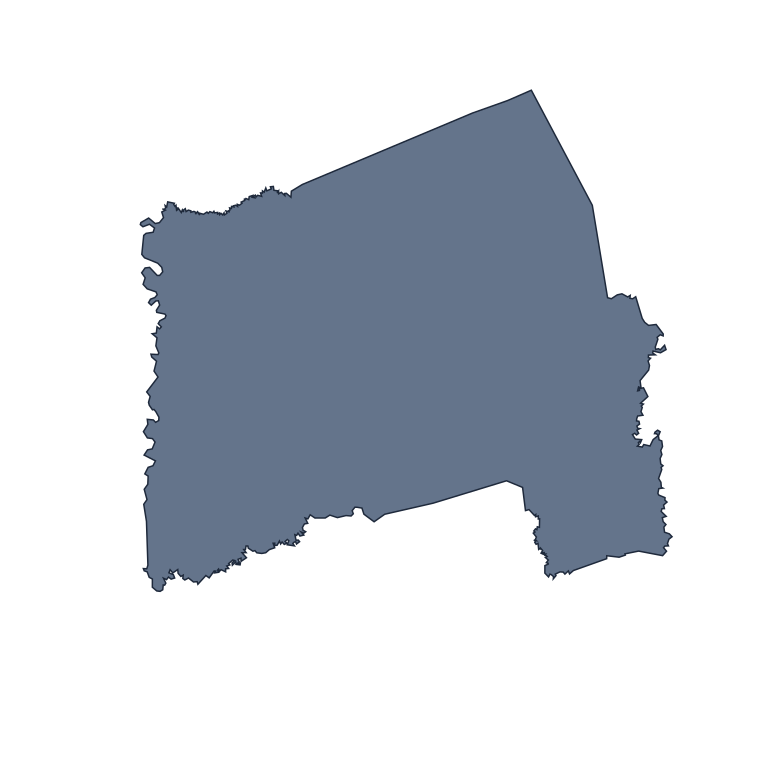 Jayapura, Papua, Indonesia (Mercator projection), rotated 74°
{"feature_id": "22746128B71103770185906", "entity_name": "Jayapura", "entity_type": "district", "adm_level": 2, "iso_a3": "IDN", "parent_name": "Indonesia", "parent_adm1": "Papua", "projection": "mercator", "projection_center": [140.203, -3.036], "detail": "fine", "context": "isolated", "style": "filled", "palette": "slate", "viewbox_px": 768, "rotation_deg": 74, "n_neighbors": 0, "source": "geoboundaries", "source_scale": "gbopen_adm2", "svg_char_len": 6158}
<svg xmlns="http://www.w3.org/2000/svg" viewBox="0 0 768 768"><g transform="rotate(74 384 384)"><path d="M625.8,163.5L622.6,158.5L618.4,160.4L617.2,158.7L618.0,155.2L615.5,155.5L611.7,152.9L610.2,149.2L606.7,151.0L603.8,155.2L598.7,154.4L596.8,151.7L593.3,153.6L589.2,153.3L589.0,149.2L582.9,152.7L580.5,151.2L581.1,148.8L577.4,148.6L575.5,144.5L573.1,146.0L570.7,145.2L566.6,150.4L564.7,150.9L560.3,148.7L560.9,144.7L559.8,145.9L554.8,144.9L550.5,146.1L542.8,140.6L540.5,140.6L539.5,138.3L537.1,140.0L531.7,139.1L528.4,136.3L524.2,136.3L520.9,133.5L515.3,132.7L513.5,135.0L509.5,134.5L506.0,131.7L503.8,133.7L505.0,136.8L506.3,137.7L506.9,135.7L509.2,134.7L511.6,140.6L516.9,145.4L513.8,151.0L515.8,153.1L513.6,157.6L512.3,155.3L510.5,155.7L509.7,154.1L511.1,153.7L508.5,151.6L506.2,157.6L501.1,159.1L500.5,156.6L502.6,155.3L501.6,152.8L498.0,153.6L497.4,150.4L496.4,152.4L494.1,152.5L493.0,149.4L490.1,149.2L489.1,151.4L487.1,150.7L484.7,149.0L485.4,143.7L481.4,144.6L477.7,142.2L476.1,142.8L474.8,140.2L473.2,142.7L468.8,133.8L459.2,135.6L458.7,139.6L460.6,140.2L460.5,142.1L457.0,140.1L458.7,138.0L451.3,136.9L443.6,125.8L439.4,123.7L434.6,123.8L432.7,120.7L431.5,122.6L429.1,121.8L430.7,115.2L428.3,117.2L426.5,116.3L430.2,109.6L428.7,103.4L424.1,103.6L427.3,109.0L425.7,110.5L425.7,113.2L423.3,113.1L416.5,108.4L414.4,108.6L412.8,104.9L414.7,102.4L412.9,101.8L401.8,106.0L400.6,113.5L396.6,116.4L392.1,117.7L369.5,118.0L370.6,121.5L369.4,124.0L366.7,122.9L367.5,125.7L362.9,130.4L362.6,135.2L364.7,141.9L362.7,145.3L269.6,134.5L142.2,161.4L145.6,187.1L147.9,224.1L169.7,407.5L173.1,419.9L178.8,422.0L173.8,425.3L173.5,427.0L175.5,427.4L171.4,429.9L172.1,432.8L169.5,432.1L171.1,433.9L168.9,433.1L167.5,436.4L163.6,435.9L163.1,438.8L165.4,438.6L166.0,443.4L163.0,443.6L166.5,446.3L164.9,447.6L166.9,448.2L166.3,450.0L169.9,449.9L167.8,453.4L168.9,455.4L167.0,455.6L167.6,457.9L169.2,457.2L168.1,459.4L166.6,458.2L166.7,461.9L169.5,463.2L167.6,465.6L168.6,466.9L167.2,467.2L169.2,467.4L169.8,471.2L171.1,470.7L172.3,473.8L170.9,475.4L172.9,475.8L171.3,477.0L171.2,479.6L172.4,479.5L171.3,481.6L173.2,482.3L172.2,483.9L174.2,484.0L174.9,486.4L176.2,484.8L174.1,488.2L176.6,488.0L177.5,490.9L175.4,490.6L176.9,492.6L174.9,493.7L175.9,495.3L174.3,495.2L174.7,497.1L173.2,496.7L172.8,499.7L171.1,499.9L172.2,501.4L170.3,503.9L171.5,505.9L169.9,506.8L171.1,510.7L168.9,514.3L170.8,514.7L167.0,515.7L168.8,518.4L167.2,517.5L165.7,519.1L165.7,522.3L164.3,521.9L162.9,524.2L163.7,526.7L160.7,526.7L161.6,529.0L163.5,529.3L161.0,529.8L163.3,531.6L158.0,533.4L157.7,534.9L159.4,534.1L159.9,535.5L154.8,534.7L155.5,536.0L153.4,536.6L152.5,535.7L149.3,541.7L153.9,544.1L152.2,545.2L154.6,545.4L155.6,547.1L154.5,548.8L156.6,546.3L157.4,550.2L163.3,550.1L167.0,555.4L166.7,559.7L159.6,564.5L161.8,573.2L163.6,574.3L166.4,572.4L165.8,565.4L170.8,561.6L174.5,564.1L173.6,571.2L174.9,574.0L192.7,581.1L196.7,579.4L205.5,568.2L210.6,565.5L215.2,565.8L217.8,569.8L217.1,572.1L207.3,577.2L206.6,581.7L210.3,586.3L216.1,584.3L221.8,588.1L227.3,585.4L232.6,577.8L235.7,577.4L237.7,580.4L238.1,585.1L240.9,587.9L244.1,586.0L241.3,580.4L241.8,578.0L246.3,577.9L250.4,582.5L252.5,582.7L256.4,575.3L258.2,574.7L260.3,576.4L261.4,582.0L263.7,584.4L267.7,582.3L269.1,584.5L266.5,586.4L272.3,588.8L271.8,593.0L277.0,589.5L284.5,592.8L292.1,591.9L293.4,593.1L291.1,599.8L294.1,599.8L299.4,596.4L308.2,601.5L315.0,599.3L326.2,614.3L331.5,612.2L336.7,615.4L339.7,615.5L345.0,613.7L345.1,612.1L347.6,611.0L353.9,609.5L357.0,610.6L357.9,614.1L355.0,615.6L352.7,621.3L357.7,622.1L363.5,628.4L370.6,626.3L372.7,621.6L376.7,620.1L382.5,624.7L382.1,629.4L386.2,634.2L394.9,624.9L398.9,628.6L399.1,633.7L404.5,638.7L407.5,636.1L415.3,638.7L419.1,643.5L429.8,643.7L433.4,648.1L450.6,650.2L493.1,660.9L496.2,663.0L495.1,666.2L497.5,666.0L499.3,663.4L505.1,663.0L507.6,660.4L515.5,662.7L520.3,659.5L521.6,656.4L520.8,653.4L516.3,651.6L516.9,650.3L515.3,648.6L509.9,649.5L512.1,646.9L510.2,644.4L512.9,642.4L512.8,638.7L509.2,639.0L506.2,642.8L503.6,640.8L507.4,639.1L505.5,633.4L509.2,634.1L513.0,632.3L512.4,629.7L515.5,631.0L517.5,629.5L516.6,625.4L521.8,621.7L522.5,618.1L525.2,618.1L519.0,608.0L522.2,605.5L516.9,598.8L517.4,597.4L518.9,598.8L519.4,594.9L517.0,595.2L516.2,594.0L518.6,593.5L517.6,591.8L520.9,588.0L518.0,587.2L518.5,584.2L515.6,585.3L515.4,582.1L513.8,582.8L511.5,577.9L512.5,576.2L514.2,579.4L516.4,579.7L514.1,575.6L516.7,575.8L518.2,572.2L516.5,571.4L516.3,574.9L515.0,572.2L512.3,572.6L512.0,569.5L515.1,570.3L513.1,564.1L507.0,567.0L508.1,563.0L504.5,564.4L504.9,562.8L501.7,561.3L502.2,559.5L504.4,559.7L508.6,556.1L508.6,554.0L511.2,552.8L513.2,548.2L513.6,544.2L511.6,539.9L511.3,534.2L506.5,534.5L506.9,532.9L509.2,533.6L509.5,531.1L506.1,527.8L509.3,527.5L507.8,525.5L510.7,524.1L510.3,521.2L508.1,522.5L506.8,519.8L508.4,518.7L511.9,521.3L514.9,514.7L512.1,515.6L511.2,513.8L511.3,512.4L513.7,512.2L512.3,508.6L510.4,509.4L509.9,511.6L504.3,511.2L505.5,509.7L503.7,507.8L507.0,506.7L507.1,502.7L503.5,504.4L505.2,502.0L504.4,500.0L502.3,502.1L499.5,502.0L496.6,499.1L496.9,495.7L491.1,496.7L492.7,494.4L489.4,491.0L493.8,487.3L496.6,477.4L495.1,472.2L499.6,465.6L500.0,456.8L501.8,452.0L500.3,449.3L497.0,449.5L494.4,445.9L495.1,443.8L497.2,439.4L503.6,439.2L513.7,431.5L509.4,419.2L512.1,369.7L510.8,292.9L521.6,279.3L544.7,282.9L544.7,279.2L551.9,275.6L551.3,274.1L553.4,274.8L553.4,272.1L556.3,272.9L556.5,271.6L564.6,274.1L563.5,276.0L566.1,277.2L565.0,278.3L566.6,280.5L567.9,279.7L568.5,281.6L573.1,279.7L575.2,281.4L576.5,280.7L575.3,283.0L576.9,281.6L577.8,282.7L580.0,282.0L579.7,279.9L585.6,280.9L584.9,279.1L586.4,279.1L585.2,278.6L587.8,277.4L589.9,279.7L591.3,278.1L589.9,277.9L590.2,276.4L591.6,277.1L592.0,275.5L592.6,276.5L593.7,276.8L592.6,276.0L594.8,274.7L595.2,276.7L598.5,274.6L600.5,277.2L601.6,275.6L602.4,275.8L602.9,279.4L610.1,281.5L614.8,279.0L612.5,276.9L613.3,275.8L615.9,274.1L617.9,274.9L615.6,271.5L614.0,271.8L613.1,266.7L614.2,263.6L616.6,262.5L614.5,258.3L617.7,258.0L615.5,253.3L613.3,218.1L610.5,217.2L615.3,205.7L615.0,199.2L613.7,199.2L614.8,185.3L625.8,163.5Z" fill="#64748b" stroke="#1e293b" stroke-width="1.5"/></g></svg>